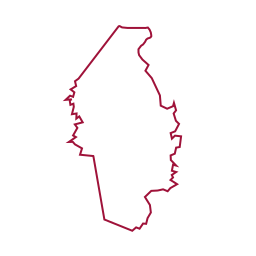 the district of San Patricio, Texas, United States of America, rotated 246°
{"feature_id": "52423323B23065911216534", "entity_name": "San Patricio", "entity_type": "district", "adm_level": 2, "iso_a3": "USA", "parent_name": "United States of America", "parent_adm1": "Texas", "projection": "equal_earth", "projection_center": [-97.499, 28.001], "detail": "fine", "context": "isolated", "style": "outline", "palette": "rose", "viewbox_px": 256, "rotation_deg": 246, "n_neighbors": 0, "source": "geoboundaries", "source_scale": "gbopen_adm2", "svg_char_len": 1256}
<svg xmlns="http://www.w3.org/2000/svg" viewBox="0 0 256 256"><g transform="rotate(246 128 128)"><path d="M58.8,129.7L57.7,135.1L54.1,138.5L55.9,142.3L56.7,150.0L63.2,145.7L64.5,149.0L67.3,148.9L68.2,154.1L71.1,150.7L76.1,154.2L74.1,156.7L81.3,154.1L85.6,155.8L85.5,160.3L90.5,164.0L89.6,167.5L98.8,173.1L101.9,167.8L100.4,163.8L106.0,164.9L105.8,169.7L111.0,176.3L115.1,174.7L122.7,175.6L124.6,179.1L132.3,180.2L129.6,178.0L129.7,171.6L135.1,167.0L144.8,170.4L163.9,170.0L173.2,167.2L177.2,172.4L184.7,169.0L190.0,167.8L192.7,168.3L195.7,169.6L197.8,173.4L198.2,175.8L199.8,178.7L201.3,180.5L201.8,182.3L201.6,184.0L201.6,185.3L202.2,186.5L203.3,187.0L206.1,187.7L209.2,187.7L211.7,187.0L212.3,184.6L219.7,168.1L222.3,163.5L224.5,161.8L224.7,160.8L193.2,102.9L192.3,98.6L187.4,97.7L186.6,91.3L182.4,93.5L178.8,90.5L181.1,88.2L179.1,82.4L177.1,88.3L177.0,86.0L172.6,84.8L172.4,88.0L169.4,87.1L163.4,82.4L162.2,86.9L157.6,84.6L158.4,88.2L151.6,88.9L152.9,80.9L148.7,81.8L143.5,74.8L140.9,76.7L139.3,68.3L137.8,71.9L134.6,72.9L128.1,77.7L123.1,73.3L116.5,84.9L116.3,84.9L54.0,69.2L32.4,90.1L33.9,95.0L31.3,97.6L34.6,102.9L33.1,105.6L37.7,109.2L41.5,114.5L48.7,116.7L58.1,115.4L61.1,123.7L58.8,129.7Z" fill="none" stroke="#9f1239" stroke-width="2"/></g></svg>